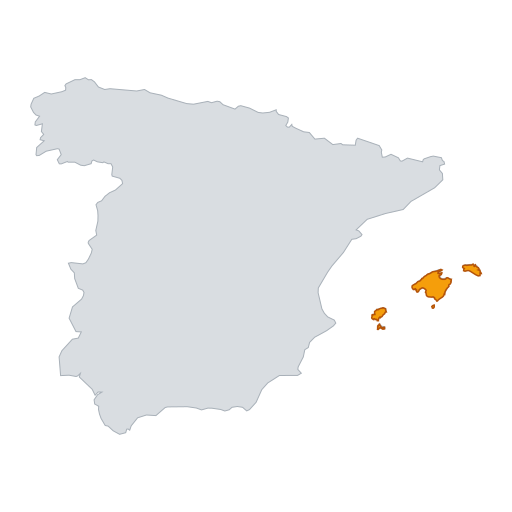 location of Baleares within Spain
{"feature_id": "ESP-5808", "entity_name": "Baleares", "entity_type": "Autonomous Community", "adm_level": 1, "iso_a3": "ESP", "parent_name": "Spain", "parent_adm1": "", "projection": "orthographic", "projection_center": [2.709, 39.359], "detail": "fine", "context": "in_parent", "style": "filled", "palette": "amber", "viewbox_px": 512, "rotation_deg": 0, "n_neighbors": 0, "source": "natural_earth", "source_scale": "10m", "svg_char_len": 7521}
<svg xmlns="http://www.w3.org/2000/svg" viewBox="0 0 512 512"><path d="M276.2,109.8L276.2,111.4L278.6,114.5L286.5,116.6L288.4,118.0L287.8,122.1L285.8,125.5L287.4,127.1L289.3,127.2L291.8,124.4L292.2,126.3L295.7,128.2L303.6,131.8L309.3,132.5L314.9,139.1L324.4,138.2L332.8,144.6L341.0,143.5L342.7,144.8L355.3,145.2L356.1,140.2L357.6,138.2L379.2,145.6L381.8,150.0L381.3,152.1L382.3,157.2L385.2,157.0L391.0,154.3L398.4,157.8L400.3,160.9L401.9,161.2L407.5,158.1L422.6,161.8L423.3,159.5L424.3,158.8L430.7,156.6L433.3,156.1L441.4,157.7L442.4,160.5L444.0,161.6L444.6,164.1L439.9,165.6L439.4,169.9L442.4,173.5L442.8,179.8L434.6,187.8L411.0,201.4L403.2,209.5L385.5,213.5L367.2,219.3L356.1,229.9L358.8,230.9L362.0,234.6L360.9,236.2L356.1,238.7L351.8,239.3L343.4,252.5L331.9,266.0L327.6,272.2L318.3,288.0L318.1,292.7L321.9,308.9L324.3,313.2L327.7,316.9L334.3,320.1L335.8,323.1L333.4,325.9L326.6,330.7L314.7,337.2L309.6,342.4L308.3,347.5L304.8,349.7L303.3,356.9L298.2,366.8L297.8,369.4L301.3,373.2L297.6,375.4L279.4,375.5L267.8,382.9L261.8,389.6L256.1,402.3L249.5,409.6L246.7,410.9L242.6,407.3L237.3,406.5L232.0,407.3L229.2,409.8L224.8,411.0L220.8,409.5L211.9,408.2L207.9,408.1L201.5,409.9L196.3,408.0L187.3,406.7L167.7,406.9L165.2,407.5L155.9,415.6L146.4,415.0L137.6,417.8L131.2,425.8L129.7,430.2L128.1,429.0L126.7,429.2L125.7,432.7L119.6,434.3L113.2,430.8L108.1,426.1L105.2,425.5L101.1,418.5L99.5,414.1L98.5,409.4L98.7,406.3L94.7,404.0L94.1,399.8L97.6,394.7L101.9,392.1L98.1,392.0L95.1,395.2L92.2,389.3L79.3,377.0L80.4,373.3L77.7,375.9L76.1,376.5L69.0,375.2L60.6,375.6L59.1,356.9L61.9,350.7L72.4,339.2L78.3,338.1L81.3,331.9L76.0,331.6L69.1,318.2L72.5,306.9L81.6,299.1L83.4,295.7L84.0,292.5L82.7,290.1L78.3,288.3L74.7,278.6L74.3,272.8L70.9,269.2L68.4,263.2L71.3,262.6L82.9,263.9L85.9,262.7L88.4,259.1L91.3,253.1L92.2,249.3L88.3,243.4L88.2,242.2L89.1,240.5L96.7,235.1L95.8,230.5L97.9,221.1L98.0,215.5L97.7,210.8L96.0,204.7L97.8,202.4L101.6,200.8L105.0,196.3L109.6,192.7L115.5,190.0L122.6,183.6L121.9,180.3L119.9,178.3L112.2,176.1L111.8,174.6L112.7,167.0L111.0,163.7L108.1,163.7L103.9,161.9L102.8,162.7L97.3,161.8L93.6,160.0L91.9,161.0L91.1,163.7L84.3,165.7L80.7,165.2L74.9,162.2L68.1,162.2L67.4,161.5L61.2,163.9L59.3,163.8L57.3,159.7L61.2,154.6L59.1,149.1L57.4,148.7L46.2,151.2L39.3,155.4L36.7,155.7L36.0,154.7L36.7,147.5L44.2,140.8L40.1,139.7L40.6,137.6L43.7,134.4L41.4,131.5L42.4,123.8L36.3,125.5L34.9,124.9L35.3,121.9L39.6,116.2L36.0,115.0L33.5,112.4L30.7,106.9L31.1,104.2L33.8,98.3L39.2,96.0L44.7,92.4L51.3,94.0L61.9,91.7L65.6,90.2L65.8,87.6L64.9,85.6L66.1,83.9L74.9,79.7L79.9,79.7L85.2,77.7L88.4,79.8L91.4,79.6L94.5,81.9L98.4,87.0L104.7,89.5L110.0,88.7L136.7,91.0L144.5,89.5L150.1,92.8L161.4,95.2L168.0,98.1L186.7,103.6L193.6,104.2L207.8,101.4L211.5,102.7L217.1,101.2L219.8,101.7L223.0,104.7L235.0,109.1L238.4,106.2L240.8,105.7L249.5,108.1L258.1,112.4L262.7,113.0L269.6,112.3L276.2,109.8ZM439.8,277.5L443.1,279.0L446.6,277.6L448.5,278.1L450.4,278.8L450.9,281.6L443.4,295.8L437.3,299.7L431.3,296.7L427.7,295.9L426.7,294.8L425.9,290.3L424.3,288.8L421.9,288.2L417.2,291.7L415.8,289.3L413.5,288.9L412.7,287.4L412.7,285.6L427.2,274.6L431.4,272.2L440.2,269.3L441.6,269.8L440.4,271.4L441.6,273.0L439.8,277.5ZM480.5,271.3L479.2,275.3L468.4,270.2L464.9,269.6L464.0,268.9L464.3,264.9L471.5,264.3L477.3,266.1L480.5,271.3ZM379.9,316.8L378.6,319.6L373.2,318.5L372.1,317.4L373.3,314.2L374.8,313.9L375.0,311.6L376.6,309.4L384.3,307.7L385.9,309.2L386.3,311.4L381.7,316.2L379.9,316.8ZM385.0,328.1L384.2,328.7L378.4,328.0L378.3,326.2L379.5,323.6L381.6,326.2L385.0,326.7L385.0,328.1Z" fill="#d9dde1" stroke="#a8b0b8" stroke-width="1"/><path d="M447.1,277.7L448.1,278.0L450.1,279.2L451.3,279.3L451.1,279.8L451.1,280.1L451.2,280.5L451.3,280.8L451.2,281.1L450.9,281.3L450.8,281.5L451.1,282.1L450.6,283.4L450.2,284.0L449.8,284.3L449.2,284.5L448.8,285.0L448.7,285.7L448.9,286.5L447.5,287.8L446.1,289.6L445.0,291.8L444.7,294.3L444.3,294.1L444.2,294.0L443.6,295.8L442.5,297.0L439.3,299.1L438.0,300.2L437.7,300.7L437.6,300.8L437.2,301.1L436.9,301.2L435.8,299.6L435.6,299.4L435.0,299.2L434.8,299.0L434.7,298.6L434.6,298.1L434.5,297.6L434.2,297.5L433.9,297.4L433.3,296.9L433.0,296.8L432.6,296.9L432.0,297.1L431.7,297.1L428.6,296.9L427.3,296.4L426.4,295.3L426.0,292.8L425.5,292.5L425.6,291.7L426.2,290.6L425.8,289.7L424.8,288.8L423.6,288.1L422.7,287.8L421.9,288.0L419.7,289.3L419.2,289.8L418.8,291.0L417.9,292.0L417.0,292.1L416.3,290.9L416.2,290.8L416.2,290.5L416.3,290.2L416.6,290.0L415.6,289.0L415.3,289.4L415.1,289.6L414.8,289.5L414.7,289.0L413.7,289.6L413.1,289.4L412.8,288.6L412.2,288.0L412.0,287.2L412.1,286.3L412.3,285.6L414.8,284.1L415.5,283.9L416.1,283.5L417.9,281.6L418.4,281.4L419.1,281.3L419.7,281.1L420.3,280.6L421.4,279.4L421.5,279.2L421.8,278.6L422.0,278.4L422.4,278.5L422.6,278.5L423.4,277.6L423.5,277.4L424.4,276.5L424.6,276.3L424.9,276.2L425.9,275.7L426.4,275.3L426.8,274.9L427.2,274.5L427.7,274.4L427.8,274.3L428.1,273.9L428.9,273.9L429.2,273.8L430.3,273.3L432.4,271.9L433.4,271.6L435.4,271.4L437.3,270.9L440.9,269.4L441.4,270.0L441.6,269.8L442.1,270.0L441.8,270.3L440.6,270.9L440.1,271.0L439.6,271.3L439.1,271.8L438.7,272.1L438.3,271.9L438.1,271.9L438.0,273.4L439.2,273.6L441.9,272.8L441.9,273.1L441.6,273.4L441.5,273.7L441.5,274.0L441.4,274.4L441.2,274.6L440.5,275.0L439.4,275.3L439.1,275.6L439.1,276.6L439.5,277.6L440.4,278.5L441.5,279.1L442.5,279.3L444.9,279.3L445.5,279.1L446.6,278.0L447.1,277.7ZM480.0,270.9L480.2,271.6L481.0,272.8L481.3,273.6L481.0,273.6L480.9,273.3L480.7,273.0L480.4,272.8L480.1,272.6L480.0,275.6L478.2,275.9L475.7,274.7L470.0,271.1L468.8,270.6L467.5,270.6L465.0,271.2L463.6,270.7L463.7,270.1L463.8,269.5L463.9,268.9L464.3,268.5L464.0,268.3L463.3,268.0L462.9,267.7L462.6,267.2L462.7,266.7L462.8,266.2L463.2,265.6L465.6,265.1L466.5,265.4L469.8,265.0L471.2,265.0L471.6,265.0L472.1,264.8L472.7,264.3L473.0,264.1L473.2,264.6L473.5,264.9L474.3,265.6L474.2,265.7L474.1,266.0L474.1,266.4L474.4,266.5L474.6,266.4L474.8,266.1L475.2,265.5L475.1,264.9L475.3,264.7L475.5,264.9L475.4,265.5L475.6,265.9L476.6,266.5L476.8,266.8L477.0,267.0L477.3,267.4L477.5,267.5L478.1,267.6L478.3,267.7L478.7,268.2L479.0,268.9L479.0,269.6L478.3,269.9L478.9,270.1L479.4,270.1L479.9,270.2L480.0,270.9ZM385.7,309.0L385.5,309.4L385.7,310.4L386.3,311.9L385.7,311.9L385.2,312.3L384.9,312.8L384.8,313.5L384.6,313.8L383.3,314.6L382.2,316.3L381.8,316.7L380.8,317.2L380.4,317.7L380.0,317.3L379.9,317.1L379.3,317.8L378.8,318.1L378.4,319.6L378.4,320.7L377.2,320.7L376.9,319.8L376.3,319.3L375.8,319.5L375.5,319.5L375.4,319.4L375.0,319.5L374.8,318.9L374.2,318.7L373.6,318.9L373.3,319.5L372.2,318.7L371.8,318.2L371.7,317.4L372.1,316.3L372.3,315.6L371.9,315.1L372.2,314.8L372.6,314.6L373.0,314.5L373.4,314.8L373.7,314.6L374.0,314.5L374.9,314.5L374.6,312.6L374.6,311.5L375.0,311.1L375.5,310.9L376.0,310.5L376.9,309.5L377.1,309.6L377.5,309.8L378.2,309.3L378.6,309.6L379.3,309.0L380.2,308.5L381.2,308.2L382.0,308.4L382.3,308.0L382.8,307.8L383.3,307.8L383.9,308.3L384.1,308.4L384.7,308.4L385.1,308.5L385.4,308.7L385.7,309.0ZM382.7,327.8L384.1,327.2L384.6,327.9L384.6,328.9L383.7,329.1L382.5,329.1L380.8,327.9L380.2,327.6L379.5,328.1L379.2,328.3L378.6,329.1L378.0,329.5L377.5,329.3L377.7,328.4L377.6,328.1L377.6,327.6L377.8,327.3L377.9,326.9L378.0,326.5L377.7,326.4L377.6,326.2L377.8,325.8L378.2,325.3L378.5,325.6L378.8,325.5L379.2,324.9L379.3,324.2L379.5,324.2L379.5,324.3L379.5,324.5L381.2,327.0L382.7,327.8ZM434.3,305.9L434.2,307.1L433.5,308.1L432.4,308.1L431.8,306.5L432.7,305.6L434.1,305.0L434.3,305.9Z" fill="#f59e0b" stroke="#b45309" stroke-width="1.5"/></svg>